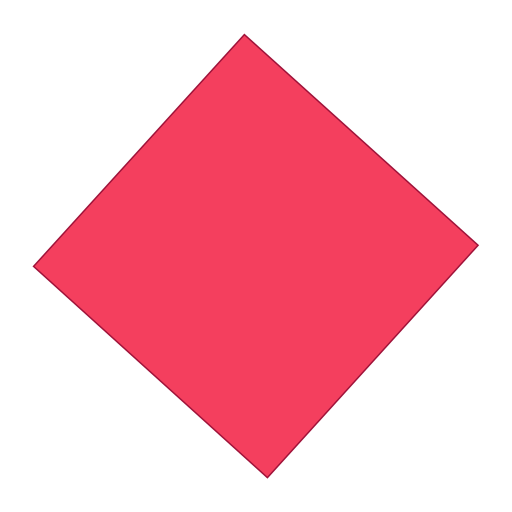 the district of Lubbock, Texas, United States of America, rotated 133°
{"feature_id": "52423323B93291035550773", "entity_name": "Lubbock", "entity_type": "district", "adm_level": 2, "iso_a3": "USA", "parent_name": "United States of America", "parent_adm1": "Texas", "projection": "orthographic", "projection_center": [-101.874, 33.61], "detail": "fine", "context": "isolated", "style": "filled", "palette": "rose", "viewbox_px": 512, "rotation_deg": 133, "n_neighbors": 0, "source": "geoboundaries", "source_scale": "gbopen_adm2", "svg_char_len": 228}
<svg xmlns="http://www.w3.org/2000/svg" viewBox="0 0 512 512"><g transform="rotate(133 256 256)"><path d="M96.7,100.9L102.0,415.5L415.3,411.6L410.3,96.5L96.7,100.9Z" fill="#f43f5e" stroke="#9f1239" stroke-width="1.5"/></g></svg>